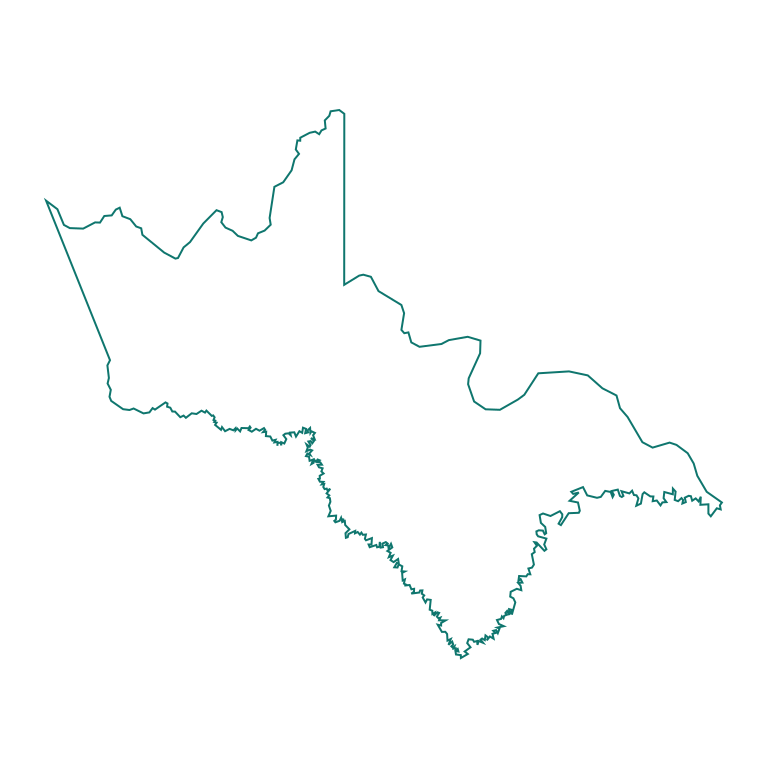 outline of Santander (Araracuara), Amazonas, Colombia
{"feature_id": "7082276B22108715685729", "entity_name": "Santander (Araracuara)", "entity_type": "district", "adm_level": 2, "iso_a3": "COL", "parent_name": "Colombia", "parent_adm1": "Amazonas", "projection": "robinson", "projection_center": [-71.884, -1.077], "detail": "fine", "context": "isolated", "style": "outline", "palette": "teal", "viewbox_px": 768, "rotation_deg": 0, "n_neighbors": 0, "source": "geoboundaries", "source_scale": "gbopen_adm2", "svg_char_len": 6121}
<svg xmlns="http://www.w3.org/2000/svg" viewBox="0 0 768 768"><path d="M721.9,502.5L706.7,491.8L697.3,475.8L693.7,463.5L687.7,453.2L676.5,444.9L669.6,442.6L652.6,447.6L642.4,442.2L627.6,417.0L620.0,408.2L616.5,395.5L602.4,388.3L587.8,375.4L569.0,371.4L538.3,373.3L524.3,394.8L517.8,399.6L499.9,409.8L485.6,409.3L474.1,401.5L468.1,384.2L468.7,378.3L480.1,353.3L480.5,340.6L467.7,336.8L448.9,340.1L441.4,344.0L419.5,346.8L411.3,342.4L408.4,332.4L404.3,333.2L401.4,329.9L404.1,313.2L401.4,305.0L378.5,291.1L370.9,276.8L363.3,274.7L359.2,275.6L344.2,284.8L344.3,113.8L339.2,110.0L330.6,111.3L329.3,115.8L324.8,120.4L325.6,128.5L321.5,130.4L319.2,134.2L315.2,131.6L309.7,132.8L300.3,137.7L300.2,140.7L297.4,140.4L295.8,149.5L299.0,153.9L294.5,159.3L291.6,170.3L283.2,182.3L274.4,186.8L269.6,218.0L270.7,224.7L264.6,230.6L258.0,233.3L256.0,237.7L251.3,240.4L237.9,235.9L232.6,230.8L225.5,227.6L221.3,222.2L222.8,217.1L221.6,212.1L216.5,210.2L203.3,223.5L190.0,242.1L183.6,247.4L178.0,258.0L175.4,258.6L164.2,252.6L142.4,234.8L141.2,228.3L136.2,226.5L130.3,219.2L122.4,216.2L119.7,207.7L115.8,209.6L111.7,215.4L104.3,216.0L100.0,222.6L95.1,222.4L83.2,228.6L69.8,228.1L63.9,224.9L57.4,209.2L46.1,200.7L110.0,360.2L107.4,365.4L108.9,378.0L107.6,383.5L110.8,389.8L109.5,396.8L111.2,400.9L123.1,409.2L129.5,410.0L133.6,408.5L143.5,413.4L149.4,412.4L152.6,408.1L155.0,409.6L165.5,402.4L167.5,403.5L167.1,406.7L170.3,407.7L172.3,411.5L175.0,411.6L180.3,417.2L183.6,415.6L185.9,417.8L191.7,413.3L196.5,414.0L201.5,410.7L205.0,412.6L206.4,410.6L211.8,415.9L213.2,415.4L214.6,417.3L213.5,420.0L215.2,420.6L214.2,422.0L216.6,422.6L215.1,424.9L221.0,429.8L222.0,427.1L225.1,431.2L229.6,428.9L233.4,430.3L235.4,428.3L235.5,430.5L237.2,428.5L240.1,431.4L241.5,428.0L248.6,428.2L249.8,426.5L250.6,427.7L248.6,430.0L251.8,431.7L256.0,428.8L259.5,430.7L264.0,428.1L265.1,429.8L263.1,432.1L266.2,431.7L265.9,436.1L270.3,436.5L272.4,440.6L275.6,439.8L274.4,442.4L277.5,441.9L277.4,445.8L277.6,443.0L280.6,442.7L281.3,445.4L281.3,442.2L284.3,443.5L286.3,439.1L283.4,435.2L285.3,433.7L288.6,433.3L290.7,435.3L290.1,432.6L294.3,432.3L296.0,436.6L299.4,431.2L302.2,432.8L303.0,427.7L306.1,428.9L305.2,433.2L308.1,432.4L307.5,430.5L310.1,428.0L310.4,433.0L311.5,431.3L314.9,432.9L313.1,435.2L314.7,439.3L310.9,438.2L314.0,440.9L312.3,443.3L310.6,441.1L308.4,441.5L310.6,445.1L309.7,446.7L306.5,444.4L307.8,447.6L306.4,451.2L310.1,449.6L312.1,450.4L309.3,453.4L310.3,455.0L307.4,453.5L306.0,456.1L309.0,456.7L309.6,460.8L313.3,459.5L311.5,464.0L313.6,462.8L314.2,459.8L316.2,461.6L317.6,459.5L319.6,460.3L317.4,462.0L320.3,462.3L321.9,464.7L317.6,464.8L319.0,467.3L322.6,468.3L321.4,471.4L323.6,473.5L319.7,475.8L319.9,478.6L318.4,478.9L319.9,481.7L323.5,481.9L321.7,484.4L324.2,484.0L323.3,487.0L324.6,489.1L326.7,488.6L327.5,490.4L330.3,488.8L326.6,493.4L329.3,495.4L327.5,497.5L329.9,498.2L330.4,501.8L328.9,505.6L330.7,510.9L328.4,516.3L336.1,515.6L335.9,519.6L334.3,520.9L335.4,522.3L339.6,520.8L341.1,517.7L341.9,520.8L343.6,518.7L342.7,521.9L344.8,521.0L345.2,525.0L349.4,529.3L345.5,533.2L345.9,537.8L347.7,537.2L348.5,534.0L355.2,530.9L355.0,533.3L357.7,532.0L359.9,534.6L361.4,532.6L362.8,534.8L365.9,534.5L364.9,538.8L366.0,540.3L371.9,538.1L371.5,544.4L368.6,544.5L369.7,547.2L376.3,545.0L377.1,547.3L379.4,546.8L379.8,541.9L380.6,547.6L383.0,547.2L382.4,543.6L385.8,542.1L387.6,543.5L385.7,545.1L388.2,545.5L388.6,548.4L391.0,543.8L392.3,547.4L387.4,551.0L390.6,552.8L388.8,557.2L392.9,555.6L390.5,560.1L393.6,562.1L398.1,559.0L398.8,563.5L396.8,563.0L394.3,567.3L397.5,567.5L398.7,564.4L402.3,566.3L401.5,571.2L404.8,571.5L402.1,572.9L402.7,580.5L404.9,579.4L403.9,583.6L407.1,585.1L404.3,585.6L409.6,585.0L411.4,589.3L414.1,588.8L414.0,591.7L411.3,593.6L419.4,592.5L420.1,590.5L422.4,590.4L421.8,593.7L424.2,595.4L422.7,597.5L425.5,602.5L427.1,599.4L430.7,599.9L429.7,609.7L432.3,610.7L432.4,614.0L434.8,612.6L433.7,615.9L437.4,612.3L439.1,612.9L436.9,616.6L438.5,618.3L440.4,617.6L439.1,620.3L445.6,620.4L441.1,623.0L441.1,625.5L437.7,624.7L441.9,631.9L445.3,631.8L447.1,634.0L447.5,640.6L450.8,639.0L448.5,644.8L452.2,641.6L453.2,644.5L451.4,646.3L452.7,647.6L454.4,646.4L453.6,648.6L455.7,648.2L456.0,650.1L457.7,648.9L458.4,651.5L455.4,650.9L456.0,654.5L460.8,655.1L460.9,658.0L467.8,654.0L464.7,651.5L470.5,647.3L467.2,643.1L468.6,639.3L472.8,639.7L474.1,641.8L477.1,641.0L477.5,644.9L478.6,641.0L483.1,642.8L480.6,639.6L482.1,638.5L484.8,640.1L485.5,635.4L488.2,637.5L486.8,640.4L489.9,636.5L493.6,638.7L492.5,633.8L495.5,633.0L493.3,630.8L496.1,630.1L497.8,633.2L499.5,628.6L497.2,627.6L503.8,626.2L498.9,624.0L497.0,620.0L501.1,618.9L501.9,616.4L503.5,618.2L504.2,615.8L506.8,614.8L505.4,612.9L507.1,610.9L509.2,615.0L509.1,609.1L511.6,609.8L510.5,613.4L512.1,613.8L515.3,602.4L513.4,598.3L510.2,596.6L510.7,591.8L516.8,588.8L521.3,590.2L520.6,585.8L518.2,582.9L522.4,582.6L520.6,579.1L518.4,581.0L519.1,576.0L526.3,576.4L527.7,574.2L530.3,574.3L528.4,568.5L532.0,567.6L533.9,564.6L531.8,554.2L534.7,552.1L534.0,548.7L536.9,545.8L534.4,542.2L536.6,542.5L544.4,550.8L546.4,549.3L544.2,544.5L546.4,538.6L538.1,536.3L536.7,534.3L536.4,531.4L538.8,530.3L542.9,530.6L544.7,534.3L546.2,533.2L545.2,526.9L540.9,522.9L539.6,515.1L543.0,513.5L550.5,516.0L559.9,511.2L562.3,514.3L562.2,517.2L558.6,523.7L560.9,525.1L568.7,513.2L578.8,512.8L579.8,510.8L578.0,502.5L569.6,500.8L578.8,492.5L573.2,493.9L571.3,491.8L583.0,487.1L587.2,495.4L597.0,497.8L600.8,496.9L605.2,490.9L610.7,492.0L612.6,497.1L613.8,494.8L611.7,491.0L617.8,489.6L619.9,495.9L621.8,497.0L623.4,495.9L621.5,491.2L629.4,493.4L632.1,490.7L633.9,495.0L636.5,495.3L638.4,498.4L636.3,505.7L640.9,503.6L642.6,494.1L644.3,492.3L650.3,496.4L653.4,496.5L652.7,501.2L656.8,500.5L660.5,505.4L662.4,502.4L666.4,502.1L663.6,498.2L664.3,492.0L672.8,494.3L672.9,488.6L675.6,491.6L674.7,499.9L678.1,501.2L681.5,498.1L683.1,500.0L682.4,503.5L685.8,502.1L684.8,497.7L688.7,495.8L690.9,496.2L692.2,500.7L695.7,498.4L698.6,501.4L700.8,496.7L700.4,504.8L708.4,504.3L708.4,513.6L710.8,516.3L716.8,508.3L720.7,509.4L719.9,505.3L721.9,502.5Z" fill="none" stroke="#0f766e" stroke-width="2"/></svg>